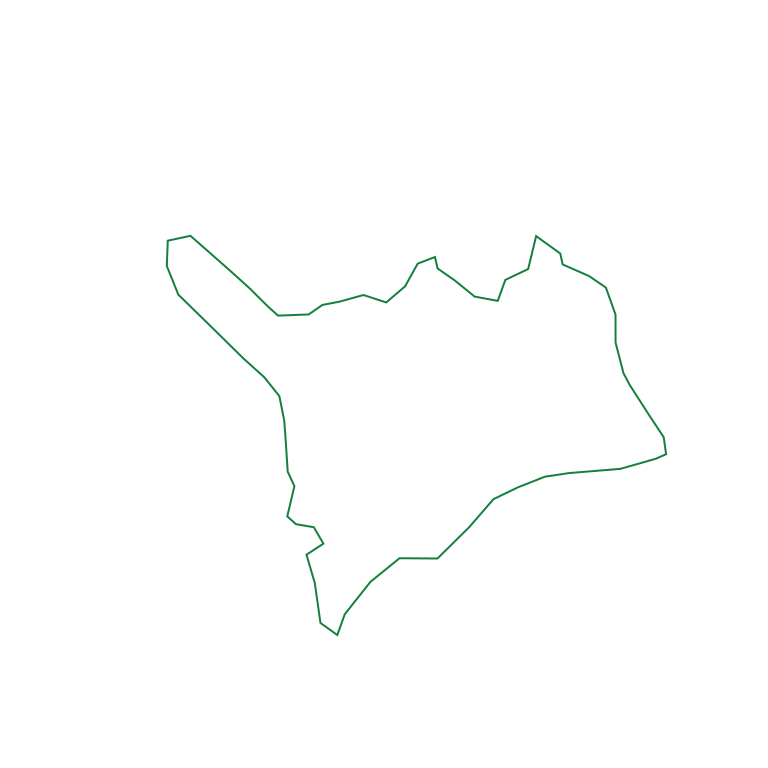 Kissousa, Limassol, Cyprus (Mercator projection), rotated 222°
{"feature_id": "46923920B24098617372182", "entity_name": "Kissousa", "entity_type": "district", "adm_level": 2, "iso_a3": "CYP", "parent_name": "Cyprus", "parent_adm1": "Limassol", "projection": "mercator", "projection_center": [32.799, 34.807], "detail": "fine", "context": "isolated", "style": "outline", "palette": "green", "viewbox_px": 768, "rotation_deg": 222, "n_neighbors": 0, "source": "geoboundaries", "source_scale": "gbopen_adm2", "svg_char_len": 934}
<svg xmlns="http://www.w3.org/2000/svg" viewBox="0 0 768 768"><g transform="rotate(222 384 384)"><path d="M127.4,520.6L140.5,531.6L165.6,538.1L201.1,547.8L213.3,552.3L239.7,569.8L258.4,590.5L283.6,604.1L303.5,601.5L331.2,592.4L340.3,598.9L369.9,595.7L353.8,565.9L363.5,542.6L355.1,521.9L375.1,509.6L400.8,508.3L421.5,505.7L431.1,512.5L439.5,496.0L433.7,470.7L436.9,446.1L458.8,436.4L472.4,415.1L482.7,401.5L486.5,385.3L508.5,363.9L521.3,363.9L548.4,365.2L578.0,365.2L627.0,364.6L640.6,345.8L638.3,343.1L624.4,326.4L596.7,312.8L550.3,310.9L505.2,308.9L477.5,308.9L453.7,305.0L433.7,290.1L418.9,275.9L397.0,254.5L382.2,248.1L367.3,220.9L355.7,220.9L340.3,230.6L322.2,224.8L327.4,205.3L302.3,189.8L271.3,163.9L270.5,164.0L250.7,166.2L259.1,186.6L261.7,228.0L255.9,264.9L227.5,290.1L224.9,334.8L225.6,371.7L215.3,396.9L202.4,422.8L186.9,441.6L151.5,479.2L132.1,510.2L127.4,520.6Z" fill="none" stroke="#15803d" stroke-width="2"/></g></svg>